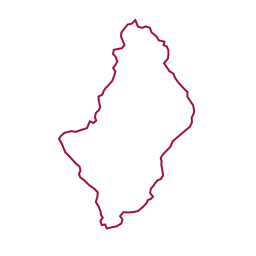 Califórnia, Paraná, Brazil, rotated 299°
{"feature_id": "56859067B16760684583143", "entity_name": "Califórnia", "entity_type": "district", "adm_level": 2, "iso_a3": "BRA", "parent_name": "Brazil", "parent_adm1": "Paraná", "projection": "albers", "projection_center": [-51.334, -23.667], "detail": "fine", "context": "isolated", "style": "outline", "palette": "rose", "viewbox_px": 256, "rotation_deg": 299, "n_neighbors": 0, "source": "geoboundaries", "source_scale": "gbopen_adm2", "svg_char_len": 1612}
<svg xmlns="http://www.w3.org/2000/svg" viewBox="0 0 256 256"><g transform="rotate(299 128 128)"><path d="M36.5,165.8L41.2,168.4L45.2,167.6L47.1,163.8L52.1,164.7L54.0,168.6L56.4,172.6L60.2,177.0L66.4,179.4L71.3,180.6L74.5,180.3L77.2,182.4L80.0,183.2L81.8,178.9L85.8,177.4L89.9,178.3L93.2,178.5L96.7,179.3L99.3,181.5L103.6,181.7L108.2,178.1L112.0,175.0L115.3,173.4L117.5,171.2L120.7,171.2L125.2,172.2L128.0,173.1L131.8,174.1L138.3,173.6L151.8,178.7L159.0,181.5L163.9,181.2L167.9,178.7L171.7,178.5L174.6,177.9L179.5,173.9L181.4,170.0L184.3,164.6L188.3,162.6L189.3,158.8L191.2,152.8L192.6,149.0L195.0,144.4L197.5,141.4L197.8,136.6L200.3,131.8L202.1,128.1L208.2,129.2L212.0,127.7L215.6,125.5L218.1,122.4L217.7,119.0L221.1,118.0L219.6,112.4L221.6,109.1L222.5,105.5L223.0,102.4L226.2,98.6L225.4,94.2L222.4,91.8L221.5,87.6L225.9,82.1L221.0,80.7L218.4,77.6L212.3,76.5L208.3,75.9L204.8,77.4L202.8,79.9L200.8,82.2L198.9,84.7L194.8,84.0L192.3,80.9L189.5,77.7L185.5,79.0L184.3,82.6L181.1,86.4L176.7,86.5L173.4,85.8L171.2,89.7L166.3,90.7L161.6,91.4L155.3,90.0L151.8,89.0L148.7,88.8L144.7,89.4L141.1,86.9L138.5,88.6L135.1,91.5L132.8,93.6L129.3,93.8L125.5,92.6L121.4,93.9L119.0,96.6L115.6,95.3L115.4,91.4L112.4,91.7L108.0,92.2L103.8,88.2L99.2,84.0L97.9,80.1L93.0,74.8L88.6,73.2L85.1,72.8L82.1,77.9L79.2,81.4L76.3,85.0L75.0,89.8L73.4,94.4L71.8,99.3L70.7,104.4L67.5,107.2L64.3,107.2L61.7,110.1L61.1,114.8L59.3,121.4L58.5,128.1L57.1,132.7L53.2,134.5L47.7,135.7L45.3,140.1L41.7,144.4L38.8,146.6L37.4,149.3L33.2,149.0L30.4,152.1L32.5,154.8L29.8,158.1L33.8,162.5L36.5,165.8Z" fill="none" stroke="#9f1239" stroke-width="2"/></g></svg>